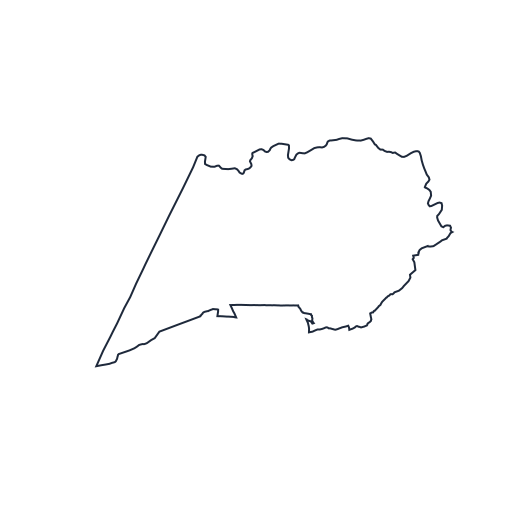 the district of Unión Juárez, Chiapas, Mexico, rotated 240°
{"feature_id": "50627088B53663671154326", "entity_name": "Unión Juárez", "entity_type": "district", "adm_level": 2, "iso_a3": "MEX", "parent_name": "Mexico", "parent_adm1": "Chiapas", "projection": "natural_earth1", "projection_center": [-92.114, 15.071], "detail": "fine", "context": "isolated", "style": "outline", "palette": "slate", "viewbox_px": 512, "rotation_deg": 240, "n_neighbors": 0, "source": "geoboundaries", "source_scale": "gbopen_adm2", "svg_char_len": 5979}
<svg xmlns="http://www.w3.org/2000/svg" viewBox="0 0 512 512"><g transform="rotate(240 256 256)"><path d="M178.6,437.9L179.0,437.6L180.8,437.3L181.8,437.8L183.0,439.0L185.2,439.2L185.9,438.3L187.0,436.8L187.6,434.9L187.3,432.6L189.0,431.4L192.5,431.4L195.7,431.4L198.7,432.1L200.1,433.0L200.8,435.4L203.1,440.0L206.6,442.4L209.0,443.1L210.5,441.7L211.1,439.8L211.6,432.9L212.2,431.3L213.9,431.0L215.6,431.2L217.2,432.8L218.9,435.4L220.7,437.8L224.2,439.4L226.3,439.2L227.6,438.7L229.5,437.7L230.5,436.8L231.2,436.6L233.5,439.6L234.4,442.7L235.4,444.4L237.7,445.0L241.1,444.6L244.6,445.1L247.8,445.5L251.6,446.2L256.0,447.3L260.0,448.7L263.4,449.4L265.0,449.2L266.0,448.3L266.8,446.8L267.4,444.7L267.6,441.6L267.4,436.6L267.8,433.8L269.0,431.9L271.7,430.4L274.3,429.0L276.0,428.3L276.4,427.4L276.9,425.9L278.3,425.0L279.8,423.3L280.6,421.6L282.7,419.9L284.7,419.0L286.0,416.9L288.5,415.9L292.3,415.4L293.2,414.7L296.5,414.6L300.3,414.1L301.7,412.5L302.3,410.1L302.8,407.3L303.6,404.4L305.9,400.6L308.8,397.2L312.2,393.9L314.9,389.6L315.8,386.5L316.3,383.9L318.4,379.0L319.2,377.5L319.2,375.4L318.5,374.4L317.3,373.0L316.7,371.6L316.5,369.5L317.0,367.4L318.3,365.7L319.4,363.5L320.3,360.5L320.2,356.2L320.2,352.1L320.5,349.5L321.8,347.6L322.8,346.4L323.7,345.2L323.9,343.8L323.6,341.7L321.8,338.9L320.7,337.5L320.7,336.0L321.2,334.6L323.0,333.4L325.0,333.0L327.4,334.1L332.7,338.4L335.3,339.8L336.2,339.5L340.5,334.2L342.0,331.7L342.5,326.0L342.3,323.3L341.6,321.9L340.8,320.9L340.2,318.6L340.7,317.2L342.1,316.0L344.0,315.5L345.7,314.2L346.5,312.4L346.8,306.4L347.0,304.6L346.7,304.1L345.5,303.4L344.2,303.1L342.7,301.3L341.8,298.9L341.0,298.1L337.9,297.9L336.3,297.2L335.8,296.2L335.3,294.4L335.3,293.2L335.6,291.9L336.1,290.2L335.9,288.9L335.4,288.4L334.1,286.9L333.8,285.7L334.0,285.2L334.6,284.6L336.5,283.5L338.5,283.4L340.7,282.9L342.6,281.5L343.6,278.9L345.1,275.4L347.9,271.1L348.6,270.2L350.2,269.6L352.7,269.1L353.2,268.4L353.7,267.1L354.0,264.8L354.7,263.6L356.0,261.5L359.5,258.8L361.2,257.9L363.3,259.0L365.0,260.4L367.0,262.0L368.9,261.7L370.3,260.3L371.2,259.1L371.6,257.3L371.3,254.9L364.3,245.9L351.1,226.4L334.4,201.0L322.1,182.8L311.4,166.8L304.1,156.0L301.5,152.3L292.1,138.5L283.3,126.5L276.8,115.9L267.2,102.2L261.9,94.0L258.8,89.4L250.4,76.3L240.4,62.6L238.6,67.8L237.2,71.5L235.9,75.2L235.4,78.1L235.0,79.4L234.7,80.7L234.9,81.9L235.7,83.1L236.3,84.1L237.2,85.0L237.9,85.6L238.5,86.3L239.4,87.1L239.7,88.1L237.5,99.2L236.9,104.5L237.0,107.2L237.2,108.9L237.4,110.1L237.1,111.6L236.5,113.6L235.6,115.1L235.3,116.4L235.1,118.0L235.6,123.2L235.5,127.2L235.9,128.1L238.8,134.5L235.6,153.9L233.9,163.9L231.6,177.7L232.2,178.2L232.2,179.0L232.6,179.8L232.7,180.6L233.1,181.2L233.4,181.9L233.4,183.1L233.2,184.2L232.9,185.1L232.6,186.2L232.2,187.0L232.2,187.9L232.1,188.7L232.0,189.8L231.7,191.2L231.6,192.2L230.1,194.3L229.3,195.6L228.5,196.4L227.0,195.5L223.2,192.5L222.1,194.3L221.7,195.0L221.2,195.8L220.3,197.2L218.2,200.3L216.8,202.6L216.1,203.6L214.6,205.9L214.2,206.3L213.8,206.8L213.2,207.4L212.7,208.1L217.1,208.6L219.1,208.6L219.5,208.6L220.4,208.7L222.9,209.0L226.3,209.3L224.0,213.5L223.3,214.9L222.6,216.1L221.9,217.3L221.3,218.4L218.7,222.6L218.1,223.6L216.3,226.5L214.4,229.9L211.3,235.0L210.3,236.9L209.1,239.1L208.6,239.7L208.2,240.3L207.8,241.0L207.3,241.9L206.7,242.9L206.4,243.5L205.5,244.9L205.2,245.3L204.5,246.8L203.2,248.8L202.2,250.4L202.0,250.8L201.9,250.9L201.6,251.4L201.5,251.5L201.1,252.1L200.9,252.4L200.8,252.6L200.3,253.4L198.9,256.0L197.8,258.0L197.4,258.7L195.8,261.3L195.2,262.4L194.5,263.7L193.7,265.0L192.8,266.5L192.1,267.8L190.9,267.4L190.6,267.5L190.4,267.5L188.3,267.9L188.0,267.9L187.5,267.9L187.0,267.8L185.4,267.8L183.9,268.1L183.5,268.6L183.2,268.5L182.1,269.6L181.7,270.2L180.8,271.3L180.7,271.4L179.7,272.6L178.8,273.6L178.1,274.5L177.5,274.2L176.3,274.6L175.2,273.9L173.8,273.7L172.2,272.5L171.7,272.3L169.5,272.3L169.0,272.4L169.2,271.2L169.3,271.0L171.4,270.9L171.8,270.8L172.0,270.8L172.6,270.2L172.9,269.9L174.1,268.9L174.6,268.4L174.9,268.3L175.3,268.1L175.6,268.2L176.0,267.9L175.2,267.8L174.9,267.8L171.9,267.5L171.4,267.3L169.0,266.6L167.9,266.2L166.3,265.5L163.4,263.7L162.8,265.5L162.7,265.7L162.2,267.2L162.1,268.7L161.9,270.6L161.7,272.0L161.6,272.6L160.5,274.4L159.8,276.8L159.5,278.4L159.4,279.1L159.3,280.4L159.0,281.4L158.3,282.2L156.9,282.9L156.3,284.0L155.4,284.9L154.6,285.6L153.8,286.5L153.5,286.7L153.1,287.1L152.4,288.0L152.1,289.3L151.8,290.6L151.8,291.0L151.5,292.8L151.4,293.4L151.3,293.9L151.2,294.8L150.2,298.0L150.0,298.7L149.5,301.0L148.9,300.9L148.3,300.9L147.8,300.8L147.4,300.7L147.0,300.6L146.4,300.3L146.1,300.2L145.4,299.9L145.3,300.5L145.0,302.3L144.8,303.1L144.7,306.0L144.8,306.3L144.9,306.5L145.0,306.8L145.0,307.4L145.0,307.8L144.9,308.2L144.5,308.8L143.5,309.4L143.3,309.7L142.7,310.4L142.1,310.8L141.7,311.2L141.6,311.3L141.4,312.1L141.2,312.9L141.0,313.7L140.8,314.3L140.7,315.1L140.7,315.4L140.6,316.0L140.5,316.7L140.4,317.2L140.8,318.0L141.5,318.6L141.8,319.4L141.8,320.0L141.9,321.0L142.0,321.9L142.3,322.8L142.4,323.2L143.0,323.6L143.2,323.8L143.4,324.2L144.9,324.7L145.5,324.9L145.9,325.0L146.4,325.2L147.2,325.5L147.9,325.7L149.2,326.2L149.2,326.6L149.1,327.2L149.2,327.5L149.2,327.9L149.0,328.3L148.9,328.6L148.8,328.9L148.7,329.1L148.6,329.3L149.3,330.3L149.4,330.9L149.4,331.1L149.2,331.4L150.7,336.4L151.1,337.1L151.2,337.6L151.4,339.3L152.3,340.6L153.3,342.5L154.4,346.7L154.8,347.9L154.7,348.5L155.2,349.9L155.1,351.6L155.6,353.1L155.5,353.8L154.6,355.1L154.8,356.4L155.3,357.8L155.2,358.5L154.5,362.4L155.1,366.5L155.9,368.6L156.1,368.9L156.1,369.0L158.0,375.6L160.1,378.9L162.8,380.0L164.1,387.0L171.4,390.0L174.9,390.1L175.5,391.7L177.7,392.3L175.9,397.1L177.1,398.0L177.3,398.5L178.0,398.5L178.3,399.2L178.6,399.6L179.1,400.2L179.4,400.9L179.8,403.4L178.8,409.6L178.5,409.5L177.1,411.5L175.9,414.3L175.8,414.8L176.3,423.1L176.6,424.9L175.7,429.8L176.2,430.6L176.8,432.7L178.6,435.9L178.6,437.9Z" fill="none" stroke="#1e293b" stroke-width="2"/></g></svg>